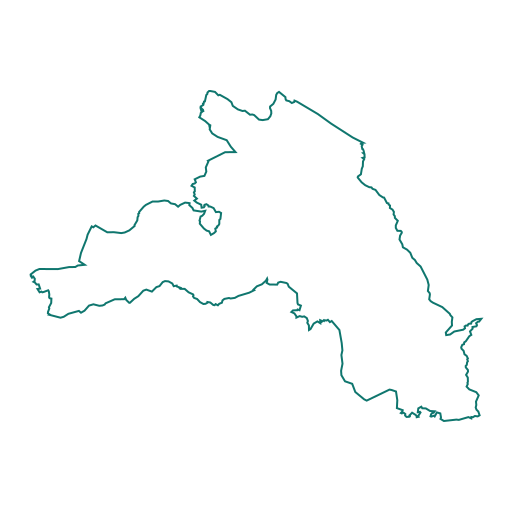 outline of Budureasa, Bihor, Romania
{"feature_id": "2599482B63741703724977", "entity_name": "Budureasa", "entity_type": "district", "adm_level": 2, "iso_a3": "ROU", "parent_name": "Romania", "parent_adm1": "Bihor", "projection": "natural_earth1", "projection_center": [22.661, 46.683], "detail": "fine", "context": "isolated", "style": "outline", "palette": "teal", "viewbox_px": 512, "rotation_deg": 0, "n_neighbors": 0, "source": "geoboundaries", "source_scale": "gbopen_adm2", "svg_char_len": 6059}
<svg xmlns="http://www.w3.org/2000/svg" viewBox="0 0 512 512"><path d="M472.9,417.2L474.9,416.0L477.7,416.4L479.6,415.3L478.3,411.5L476.5,409.7L475.7,407.5L476.3,405.0L476.0,401.6L478.7,395.4L476.3,392.2L469.3,389.4L466.6,386.6L467.8,384.0L467.4,382.9L467.9,381.8L467.8,377.6L466.1,374.9L468.0,371.6L467.9,370.0L465.8,367.4L465.7,366.0L466.8,364.8L467.1,362.3L467.9,361.2L467.2,359.3L467.9,358.5L466.6,355.8L464.5,354.3L463.6,350.8L461.5,348.7L461.2,347.3L462.3,344.8L464.0,344.2L464.2,342.4L465.8,341.3L469.3,336.2L471.3,334.9L470.0,331.4L472.6,328.7L472.5,327.0L476.4,326.3L477.0,325.1L476.1,323.2L478.1,321.6L479.1,321.6L481.3,318.8L476.4,319.2L472.5,321.2L471.5,322.0L471.1,323.6L469.1,323.7L468.1,324.4L467.6,325.6L466.0,325.5L464.6,326.4L465.0,328.3L463.2,329.7L454.3,331.5L450.1,334.5L446.2,335.1L445.8,332.5L452.0,325.5L451.8,321.8L452.4,317.4L450.4,315.2L449.8,313.8L442.3,307.1L433.0,302.7L430.7,301.2L429.2,299.3L429.9,294.6L429.7,293.2L427.9,291.0L428.7,285.0L427.3,279.6L420.6,266.5L416.7,263.0L414.9,260.0L412.3,257.8L410.3,252.8L407.0,249.6L402.9,247.3L402.3,244.3L399.5,239.5L400.1,235.6L401.8,232.7L401.7,231.9L400.8,230.9L397.4,230.8L395.8,227.9L395.8,225.4L397.8,220.8L394.9,217.9L394.8,216.1L393.6,214.5L393.9,211.9L392.5,209.6L389.9,208.0L390.0,205.5L388.6,204.5L388.5,203.4L386.9,203.0L384.1,197.6L382.9,197.4L379.3,195.0L375.5,189.9L372.5,188.8L371.5,187.4L369.3,187.2L365.2,185.2L361.6,182.3L357.7,177.5L357.9,176.5L360.9,174.3L361.8,168.7L362.8,166.3L363.0,161.4L364.2,159.1L362.6,157.9L364.6,157.3L364.5,154.2L363.2,153.1L364.1,152.9L363.7,151.0L363.0,149.2L362.3,149.0L361.7,146.1L362.5,144.8L360.9,143.8L361.6,143.0L363.2,142.8L352.7,137.5L331.1,123.6L317.8,114.0L297.1,101.7L294.5,100.6L294.2,102.0L291.8,103.0L289.3,101.2L286.3,100.4L285.6,99.2L285.4,97.1L279.0,91.9L277.2,93.1L276.2,94.9L275.6,99.5L273.3,103.9L270.1,106.5L270.0,108.1L271.2,110.9L271.3,113.5L270.3,116.3L267.9,119.2L262.7,120.1L259.0,119.6L254.2,115.1L252.4,114.5L250.0,114.7L244.9,110.7L242.5,111.0L237.9,109.4L232.8,105.9L231.4,102.2L227.5,99.1L219.8,94.8L218.3,95.3L215.0,91.9L210.3,91.0L209.1,91.0L207.5,92.5L207.3,94.0L206.3,95.0L204.9,101.4L204.0,101.6L203.6,103.8L203.0,103.8L203.2,105.0L200.7,106.5L201.1,108.0L203.0,109.8L203.3,111.1L202.5,111.4L201.1,110.1L201.7,112.2L200.8,112.9L200.3,115.5L199.3,117.3L205.2,121.1L209.1,124.6L209.3,125.6L209.8,125.0L210.3,125.3L209.7,129.4L212.2,133.4L217.6,136.9L226.7,140.2L230.8,146.7L235.5,152.1L225.1,152.2L207.9,160.8L208.4,161.5L205.8,167.4L206.3,171.6L204.4,175.9L200.2,176.6L194.7,179.3L195.9,182.3L194.7,183.5L192.7,184.0L191.5,185.8L194.7,187.5L194.8,191.4L193.9,192.3L194.7,194.5L193.9,195.9L196.9,198.6L194.3,200.6L196.8,202.6L201.2,204.7L201.6,207.7L203.9,207.3L204.6,206.3L204.2,205.3L204.6,204.8L206.4,204.2L208.4,205.5L208.6,206.5L210.4,206.6L213.6,208.1L215.9,212.1L219.0,211.8L221.1,213.0L220.4,218.9L219.3,220.0L219.3,223.9L218.4,225.5L216.9,226.5L217.1,227.5L215.3,228.6L215.8,231.4L214.0,233.1L210.9,234.9L209.1,231.3L206.6,230.6L203.9,228.5L199.8,223.7L200.0,221.3L199.5,220.7L200.6,216.5L202.2,215.8L204.0,213.9L205.2,210.8L201.3,211.6L193.6,210.4L192.4,207.9L189.3,205.1L189.6,203.2L188.7,203.0L185.1,202.6L180.2,204.9L178.1,206.7L175.1,204.2L170.9,203.4L168.1,201.0L164.3,200.5L158.3,201.5L152.6,201.5L145.9,204.9L143.7,206.7L139.1,212.0L139.2,213.2L138.3,213.8L138.4,215.9L137.6,217.2L137.3,220.4L134.5,225.1L134.6,226.0L129.3,230.4L124.7,232.5L121.3,233.1L113.9,232.2L107.3,232.3L95.5,225.5L93.3,227.3L91.7,226.4L87.6,234.7L86.5,239.0L81.0,252.9L79.1,261.1L84.7,264.8L77.8,265.5L75.3,267.0L68.9,267.1L57.9,269.1L39.4,269.0L35.5,270.6L30.7,274.4L31.3,275.5L30.8,275.9L32.0,277.7L33.3,276.6L34.8,278.8L34.6,281.0L33.5,281.8L34.9,282.5L36.6,284.5L38.7,284.4L40.1,288.6L37.5,289.0L39.6,292.3L41.4,291.6L42.3,292.3L43.6,292.0L48.2,290.3L48.8,291.3L49.3,294.4L49.1,297.2L49.6,298.2L51.4,298.6L51.2,303.0L48.9,307.3L49.3,308.5L48.0,311.9L47.9,313.3L50.1,314.7L49.7,314.9L60.5,317.7L63.7,316.8L68.4,313.8L78.9,310.9L81.0,312.7L84.5,310.7L89.0,305.6L93.4,304.3L99.3,305.8L102.4,305.5L104.6,304.6L105.6,303.3L114.7,299.3L124.1,299.2L125.3,297.7L126.2,299.9L129.2,302.8L129.9,302.8L134.2,298.8L138.3,296.2L143.3,290.7L146.3,289.6L151.9,291.6L156.4,287.1L159.5,286.1L162.7,282.1L165.0,281.1L168.5,281.4L172.3,283.5L173.7,286.2L176.7,285.6L176.9,286.5L180.5,287.8L179.9,288.5L180.5,288.9L184.7,288.9L188.6,292.3L193.1,294.4L193.5,295.2L193.0,296.4L194.1,297.9L197.1,299.0L200.0,302.1L203.4,304.0L205.5,303.8L207.3,302.8L207.4,302.0L210.3,302.5L213.3,305.0L214.6,305.2L215.6,304.1L217.9,305.3L219.2,303.8L221.9,302.7L222.5,300.4L224.4,298.9L229.0,298.0L230.6,298.5L234.8,297.9L238.5,295.9L249.2,292.7L254.2,290.2L253.5,289.6L256.9,286.3L261.9,284.3L265.9,280.7L267.1,278.6L267.4,279.7L266.7,282.9L269.6,284.5L277.2,284.6L278.2,282.6L280.6,281.8L286.4,283.0L287.6,283.8L288.8,286.7L297.0,293.4L297.5,303.0L298.0,304.4L300.9,305.6L299.5,310.2L297.6,309.5L297.3,310.2L293.0,310.4L291.4,312.0L294.4,313.4L296.4,316.3L296.4,317.6L299.7,316.1L302.2,316.8L304.2,316.4L306.8,318.1L307.9,321.0L307.3,322.8L308.9,325.4L309.0,330.0L310.5,329.1L313.7,323.6L317.4,321.4L320.3,323.2L320.2,320.2L321.1,320.6L321.3,322.1L323.8,320.2L324.2,320.8L324.6,320.3L326.6,320.5L327.9,319.8L329.9,322.1L331.7,321.0L339.4,330.0L341.7,343.0L342.4,350.4L341.4,355.0L342.5,363.7L341.1,370.8L341.4,375.2L345.0,381.3L352.2,383.8L355.3,392.0L364.1,399.3L366.7,400.6L389.5,389.6L391.6,390.0L396.0,391.5L397.3,400.2L396.9,408.1L402.7,410.2L402.4,411.4L400.9,413.0L401.8,413.4L402.4,412.7L403.8,412.9L405.3,414.0L405.1,415.5L406.5,416.9L409.0,416.8L409.3,415.8L409.9,416.0L410.0,414.9L412.1,412.7L415.6,414.9L416.5,415.8L416.7,417.2L418.5,416.8L418.1,416.2L420.5,412.5L419.9,411.8L417.8,412.2L418.3,408.4L421.3,406.7L422.3,408.3L425.8,408.4L430.1,411.0L434.7,411.3L433.7,412.7L432.0,413.2L431.1,414.3L430.5,416.3L431.2,416.6L434.0,415.7L434.7,416.4L436.9,412.4L440.3,413.4L441.0,417.4L440.5,418.9L443.9,421.0L456.4,419.6L458.8,419.9L468.4,417.1L471.3,418.4L471.4,417.0L472.9,417.2Z" fill="none" stroke="#0f766e" stroke-width="2"/></svg>